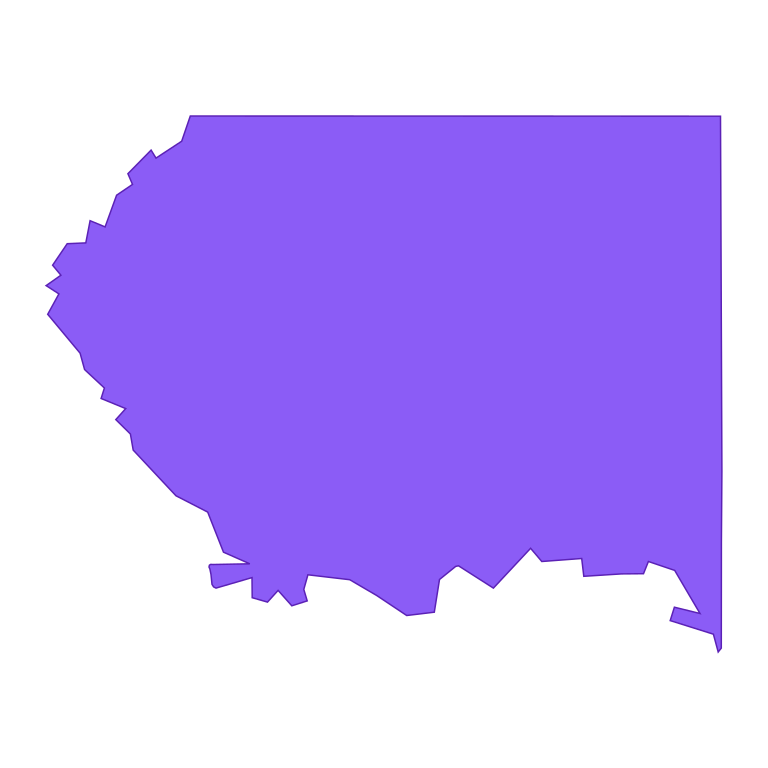 outline of Pottawatomie, Kansas, United States of America
{"feature_id": "52423323B67530178670181", "entity_name": "Pottawatomie", "entity_type": "district", "adm_level": 2, "iso_a3": "USA", "parent_name": "United States of America", "parent_adm1": "Kansas", "projection": "natural_earth1", "projection_center": [-96.445, 39.346], "detail": "fine", "context": "isolated", "style": "filled", "palette": "violet", "viewbox_px": 768, "rotation_deg": 0, "n_neighbors": 0, "source": "geoboundaries", "source_scale": "gbopen_adm2", "svg_char_len": 986}
<svg xmlns="http://www.w3.org/2000/svg" viewBox="0 0 768 768"><path d="M522.8,116.1L190.3,116.0L181.7,141.2L156.0,158.1L151.1,150.1L127.9,173.7L132.5,184.4L116.6,195.2L105.1,226.9L90.1,220.7L85.8,242.9L67.2,243.7L52.6,265.2L60.9,275.2L46.1,285.6L58.9,293.9L47.7,314.3L80.1,353.2L84.6,369.6L104.4,388.0L101.1,398.5L125.7,408.6L115.8,419.6L130.4,434.0L133.2,450.1L176.0,495.8L207.7,512.1L223.5,552.2L249.8,563.8L213.3,564.5L210.6,564.4L209.4,565.2L209.0,567.0L209.9,569.1L211.0,574.5L212.0,584.4L213.6,586.9L216.0,588.1L252.0,577.6L252.2,597.7L267.5,602.1L278.1,590.4L291.8,605.8L307.2,600.9L303.8,589.4L307.9,574.8L349.7,579.7L376.7,595.5L406.7,615.5L434.3,612.2L439.5,579.5L455.7,566.4L458.5,565.8L493.4,588.1L530.6,548.3L541.8,561.5L581.7,558.5L583.8,576.3L621.5,573.9L643.5,573.7L648.4,561.5L674.7,570.4L700.0,613.5L674.4,607.2L670.2,620.6L713.4,634.2L718.2,652.0L721.3,648.1L721.4,542.3L721.9,471.5L720.5,116.2L522.8,116.1Z" fill="#8b5cf6" stroke="#5b21b6" stroke-width="1.5"/></svg>